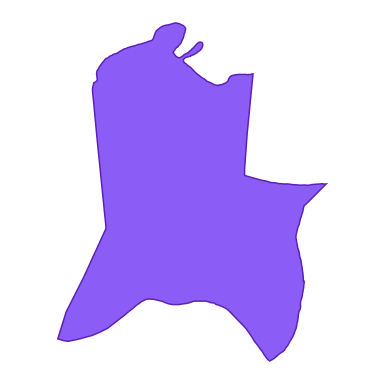 Cap Estate/Mon Du Cap, Gros Islet, Saint Lucia
{"feature_id": "8701671B34039397692989", "entity_name": "Cap Estate/Mon Du Cap", "entity_type": "district", "adm_level": 2, "iso_a3": "LCA", "parent_name": "Saint Lucia", "parent_adm1": "Gros Islet", "projection": "orthographic", "projection_center": [-60.937, 14.106], "detail": "fine", "context": "isolated", "style": "filled", "palette": "violet", "viewbox_px": 384, "rotation_deg": 0, "n_neighbors": 0, "source": "geoboundaries", "source_scale": "gbopen_adm2", "svg_char_len": 4865}
<svg xmlns="http://www.w3.org/2000/svg" viewBox="0 0 384 384"><path d="M269.5,361.0L272.1,359.7L274.2,358.3L276.9,356.1L279.5,353.7L283.1,351.4L284.7,349.9L285.7,347.9L287.8,345.4L289.0,343.0L293.1,336.1L294.5,332.7L295.1,330.6L296.2,328.2L296.6,326.1L296.9,323.6L297.7,320.9L298.0,318.2L298.3,315.9L298.6,313.3L299.1,311.2L300.0,309.6L300.5,307.8L300.6,306.2L300.4,304.3L300.7,301.1L301.8,297.9L302.4,295.1L302.5,293.4L303.1,291.1L303.1,289.8L303.7,287.5L303.8,285.2L304.1,283.5L304.2,281.3L303.4,281.4L303.3,279.2L303.3,277.1L303.0,275.2L303.0,273.5L302.6,271.9L302.6,271.2L302.3,269.7L302.3,268.6L301.8,266.0L301.5,264.1L301.2,262.3L300.9,260.3L300.2,258.0L299.5,255.1L299.4,253.5L298.9,251.1L297.8,248.4L297.4,245.9L296.7,242.5L296.5,240.9L295.9,237.5L295.9,236.9L296.1,235.4L296.4,233.7L296.8,231.9L297.3,229.6L297.7,227.8L299.4,223.7L299.6,222.1L300.1,220.0L300.6,218.4L301.4,216.1L301.9,214.0L302.5,212.7L302.9,210.9L303.3,208.7L303.7,207.1L304.1,205.7L305.4,204.5L306.5,203.6L307.9,202.3L326.2,183.9L324.5,184.1L322.2,183.7L319.8,184.0L317.8,184.1L315.9,184.2L313.5,184.4L311.4,184.6L309.7,185.1L307.3,185.3L305.2,185.0L303.5,185.0L301.3,185.2L292.6,184.6L289.1,184.1L287.5,183.9L286.0,184.0L282.4,183.9L280.9,183.6L279.0,183.6L276.7,183.1L274.1,182.7L270.6,182.5L267.4,181.4L265.6,181.0L260.7,180.0L259.9,179.8L244.6,175.5L244.6,169.1L247.1,134.4L253.0,73.8L252.1,73.9L251.2,74.3L250.2,74.5L248.9,74.5L247.6,74.6L246.6,74.6L245.7,74.4L244.5,74.4L243.7,74.4L242.5,74.5L241.2,74.4L240.4,74.4L239.1,74.4L238.0,74.5L235.8,74.8L235.0,74.9L234.1,75.1L233.3,75.2L232.1,75.6L231.4,75.9L230.5,76.3L229.9,77.0L229.3,77.8L228.6,79.2L228.3,80.0L227.9,81.1L227.0,82.0L226.5,82.3L225.7,83.1L224.6,83.4L223.5,83.8L223.0,84.2L222.2,84.5L221.2,84.6L220.1,84.9L219.2,84.9L217.9,85.6L217.0,85.2L215.4,85.1L214.1,84.6L212.7,83.9L211.7,83.3L210.1,82.5L208.8,82.0L207.7,81.6L206.5,80.9L205.6,80.0L205.1,79.6L204.0,78.8L202.7,78.2L201.5,77.3L200.4,76.4L199.3,75.6L198.2,74.7L196.9,73.8L195.4,72.4L194.2,71.2L193.0,69.9L192.0,68.8L190.7,67.5L188.6,66.1L187.5,65.3L186.1,63.9L185.3,63.4L184.7,63.0L183.8,62.0L183.5,60.8L183.3,60.0L184.1,58.7L184.9,58.0L186.2,57.3L187.3,57.1L188.3,56.8L189.1,56.5L190.0,56.4L190.9,55.8L191.5,55.5L192.8,55.0L193.8,54.6L195.1,53.8L196.5,53.0L197.4,52.4L197.9,51.8L198.7,51.3L199.8,50.6L200.8,49.4L201.7,48.5L202.3,47.0L202.6,45.9L202.9,44.7L202.6,43.7L202.4,43.0L201.8,42.5L200.9,42.2L200.1,42.0L199.0,42.3L198.1,43.0L197.1,43.6L195.9,45.0L193.4,47.9L192.0,48.9L191.3,49.9L190.7,50.4L189.4,51.3L188.4,52.5L187.3,52.9L186.7,53.6L185.8,53.8L183.9,54.8L182.7,56.0L181.6,56.7L180.5,57.4L179.3,57.7L178.6,57.8L177.6,57.3L176.7,56.7L175.8,56.1L174.9,54.9L174.3,54.1L173.6,53.2L173.1,52.5L173.8,51.1L174.7,50.2L175.5,48.7L176.7,47.4L177.5,47.2L178.9,45.4L179.8,44.5L180.4,43.6L181.2,42.8L181.7,41.1L182.5,39.5L183.3,37.9L183.6,36.6L183.9,35.7L184.1,34.2L184.7,32.9L185.0,32.2L185.1,31.2L185.3,30.5L185.5,29.7L185.6,28.9L185.5,28.2L185.0,27.5L184.6,26.9L184.2,26.4L182.5,25.1L181.6,24.9L180.9,24.6L179.4,23.7L178.0,23.5L176.5,23.0L174.8,23.0L173.3,23.4L171.8,23.9L170.4,24.3L168.2,24.9L165.9,25.2L165.2,25.3L163.9,25.9L162.8,26.1L161.6,26.8L160.6,27.4L159.7,28.0L158.3,29.1L157.1,30.1L156.4,30.8L156.0,31.6L155.5,32.5L155.0,33.9L154.6,34.6L153.9,36.8L153.6,37.6L153.3,38.3L152.9,39.2L152.5,39.7L151.7,40.4L150.0,41.0L149.1,41.2L148.5,41.4L147.6,41.8L145.6,42.6L143.3,43.3L142.3,43.5L140.4,44.1L138.2,44.5L136.0,45.4L135.0,45.7L133.3,46.1L132.2,46.3L129.6,47.1L127.6,47.7L125.8,48.6L123.7,49.1L122.5,50.0L121.3,50.7L120.1,51.2L119.3,51.7L118.2,52.5L116.9,53.3L115.5,53.7L114.3,54.1L113.1,54.5L112.1,55.2L110.7,55.9L109.4,56.4L108.3,57.7L107.1,58.1L106.2,58.5L105.5,58.9L105.0,59.5L104.5,60.2L104.1,60.7L103.3,61.8L102.4,62.6L101.9,63.3L101.0,64.6L100.2,65.8L99.6,66.4L99.1,67.3L98.6,68.5L97.8,69.9L97.0,70.9L96.8,72.3L96.6,73.3L96.7,75.1L96.8,75.9L97.0,76.6L97.0,77.9L97.2,78.7L97.2,79.7L97.3,80.3L96.6,81.1L96.1,81.5L95.4,81.9L94.8,82.4L93.7,82.9L93.2,85.4L92.4,89.3L97.4,142.1L106.1,228.3L83.7,277.2L66.2,311.9L57.8,338.8L63.8,340.7L68.3,341.3L72.6,340.4L79.4,338.9L86.4,337.0L92.0,335.5L100.4,331.9L107.4,328.4L112.3,324.6L118.5,319.8L123.6,316.0L129.3,311.1L132.4,308.8L134.3,307.1L135.7,305.9L137.0,304.8L138.4,303.9L140.0,302.8L141.2,301.8L143.9,300.4L145.5,299.5L148.2,299.0L151.3,299.1L154.4,299.4L155.3,299.7L159.4,300.6L162.5,301.4L163.9,302.1L166.5,303.1L168.5,303.8L171.5,304.4L173.3,304.6L177.3,304.6L178.4,304.6L183.6,303.8L186.8,303.4L189.2,302.8L191.8,301.9L193.6,301.2L197.7,301.1L203.1,301.1L205.4,301.1L208.6,301.8L211.0,302.7L214.2,303.0L216.3,304.6L218.1,304.9L220.5,305.9L223.2,307.0L225.4,308.2L227.3,309.4L229.3,311.2L241.7,324.0L242.3,324.6L246.0,328.6L248.2,331.7L250.3,334.7L252.3,337.6L254.7,341.7L257.7,345.3L259.7,348.3L262.3,351.6L264.8,355.6L267.2,358.8L269.5,361.0Z" fill="#8b5cf6" stroke="#5b21b6" stroke-width="1.5"/></svg>